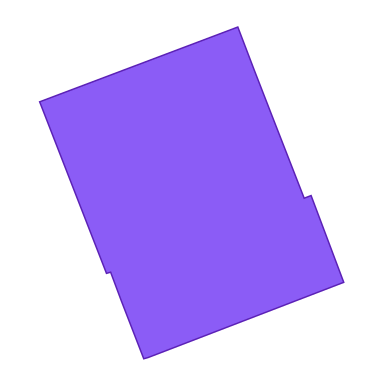 Washburn, Wisconsin, United States of America, rotated 159°
{"feature_id": "52423323B30726124247740", "entity_name": "Washburn", "entity_type": "district", "adm_level": 2, "iso_a3": "USA", "parent_name": "United States of America", "parent_adm1": "Wisconsin", "projection": "robinson", "projection_center": [-91.775, 45.898], "detail": "fine", "context": "isolated", "style": "filled", "palette": "violet", "viewbox_px": 384, "rotation_deg": 159, "n_neighbors": 0, "source": "geoboundaries", "source_scale": "gbopen_adm2", "svg_char_len": 317}
<svg xmlns="http://www.w3.org/2000/svg" viewBox="0 0 384 384"><g transform="rotate(159 192 192)"><path d="M296.8,53.6L292.4,53.2L82.7,53.3L82.1,146.0L89.5,146.0L90.0,236.0L90.2,283.9L90.1,329.6L301.9,330.8L301.0,146.7L296.7,146.3L297.0,115.5L296.8,53.6Z" fill="#8b5cf6" stroke="#5b21b6" stroke-width="1.5"/></g></svg>